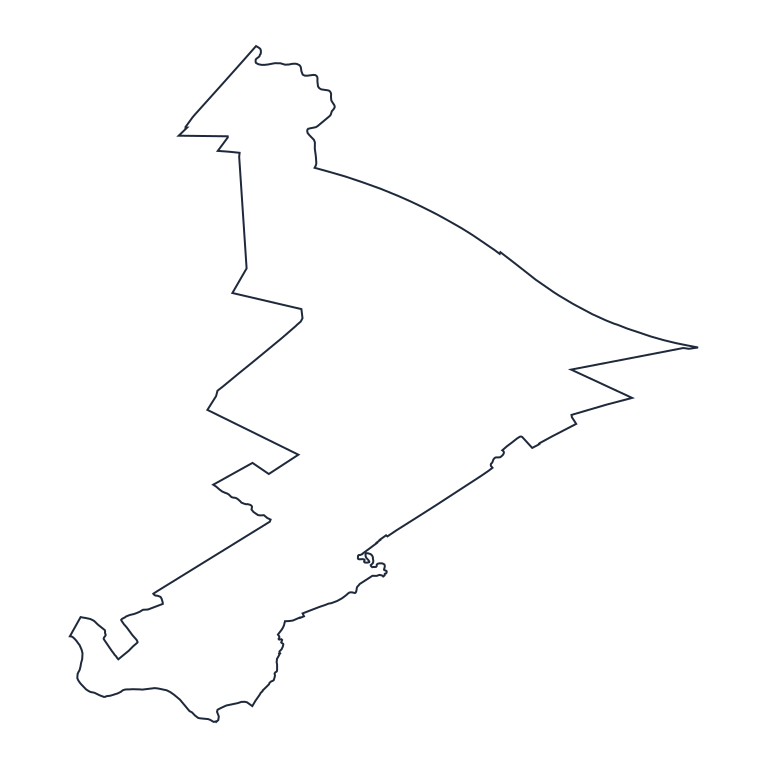 the district of Ciorogarla, Giurgiu, Romania
{"feature_id": "2599482B38423269325251", "entity_name": "Ciorogarla", "entity_type": "district", "adm_level": 2, "iso_a3": "ROU", "parent_name": "Romania", "parent_adm1": "Giurgiu", "projection": "robinson", "projection_center": [25.874, 44.434], "detail": "fine", "context": "isolated", "style": "outline", "palette": "slate", "viewbox_px": 768, "rotation_deg": 0, "n_neighbors": 0, "source": "geoboundaries", "source_scale": "gbopen_adm2", "svg_char_len": 6037}
<svg xmlns="http://www.w3.org/2000/svg" viewBox="0 0 768 768"><path d="M216.2,721.9L218.3,720.0L218.8,716.4L217.0,711.8L217.6,709.7L221.3,707.8L226.3,705.5L237.8,703.1L241.4,701.9L244.8,701.8L247.0,702.3L252.3,706.1L255.5,700.7L259.7,694.7L260.6,693.0L262.6,691.1L262.7,690.3L263.5,689.7L269.0,684.3L269.5,682.9L271.2,681.4L272.6,680.9L273.7,680.2L274.6,677.4L275.0,675.4L274.6,674.0L274.6,673.4L275.3,672.4L276.8,671.4L277.1,669.9L277.1,664.5L276.6,662.0L276.9,660.3L276.9,659.0L278.7,655.9L279.4,654.5L279.1,653.8L280.1,653.4L279.4,652.2L279.5,651.4L281.5,649.4L282.7,646.9L283.3,644.7L283.2,643.9L281.4,642.7L281.2,642.3L281.9,640.9L282.1,639.9L281.3,639.2L279.5,639.6L279.0,639.5L278.7,639.2L278.6,638.9L279.4,637.4L279.2,636.3L277.9,634.6L281.3,630.2L282.2,628.9L283.1,627.3L284.0,625.2L285.0,621.2L288.4,621.1L291.8,620.7L293.2,620.4L299.9,617.5L300.1,617.9L304.0,616.3L302.6,613.4L319.2,607.0L325.1,605.0L328.6,603.6L331.2,603.2L337.1,601.0L342.0,598.3L345.9,595.4L348.6,593.0L349.6,592.5L350.8,592.3L352.2,592.4L354.9,593.0L355.4,592.8L355.8,592.4L356.4,590.8L356.8,588.1L357.2,586.9L358.6,585.4L359.7,584.0L372.4,575.8L376.6,575.9L379.4,574.9L381.9,575.4L383.2,576.5L384.6,575.4L384.6,574.6L384.8,573.8L385.7,573.6L386.2,573.3L386.5,572.7L386.7,571.8L386.6,571.2L386.3,570.8L384.3,570.1L384.0,569.4L384.3,568.5L384.6,567.5L384.8,566.2L384.7,565.3L384.4,564.5L383.5,563.9L382.2,563.4L381.3,563.3L379.4,563.3L377.9,563.7L376.8,564.5L376.6,566.3L376.0,566.9L374.9,567.1L374.1,566.9L372.2,567.2L370.9,565.9L370.7,565.2L372.8,563.2L373.2,562.1L373.3,560.9L372.9,558.3L372.9,557.4L372.2,555.6L370.6,554.1L368.0,553.3L366.4,553.2L365.8,553.7L365.5,554.3L365.6,556.1L366.2,557.7L368.6,560.4L369.3,561.6L369.2,562.2L367.4,562.6L365.7,562.6L364.6,562.4L364.3,562.1L364.1,561.3L364.5,560.6L364.5,559.7L364.0,559.4L362.7,559.1L359.3,559.3L358.3,559.0L357.9,558.3L358.0,556.3L358.1,555.7L358.7,555.1L360.4,554.9L362.2,554.2L362.6,553.8L362.6,553.6L377.0,542.9L376.7,542.6L380.2,540.0L379.9,539.7L386.1,535.3L387.4,536.4L396.6,530.2L415.5,518.3L437.0,504.6L481.4,475.7L488.0,471.2L492.5,467.8L491.0,466.0L490.8,465.4L490.8,464.4L491.0,463.9L491.4,463.4L492.0,462.9L492.4,462.2L493.5,459.3L494.8,457.9L495.3,457.6L496.1,457.4L498.6,457.4L499.5,457.3L500.2,457.2L501.2,456.5L502.4,455.4L503.2,454.5L503.8,453.2L503.9,452.4L503.7,451.7L503.3,451.0L502.3,450.3L506.9,446.3L511.3,443.0L517.3,438.3L519.9,436.7L520.9,436.5L522.1,436.9L523.5,438.4L532.2,447.9L538.6,444.6L539.5,443.9L539.2,443.5L539.7,443.1L552.8,436.0L576.2,423.9L571.9,417.2L571.5,414.9L606.3,404.7L632.1,397.9L571.1,369.6L683.3,348.0L688.9,348.8L698.1,347.5L688.2,345.6L676.3,343.2L663.9,340.2L650.9,336.5L627.3,328.6L617.4,324.7L614.4,323.8L606.2,320.5L592.3,314.2L576.0,305.5L572.7,303.7L559.2,295.7L553.6,292.1L535.7,279.7L515.6,263.9L500.4,252.2L499.7,253.9L494.5,250.0L489.2,246.4L472.6,235.1L461.9,228.4L445.0,218.8L436.0,213.9L422.7,207.2L410.3,201.3L398.8,196.2L381.2,189.0L362.6,182.3L345.3,176.5L327.7,171.4L314.6,167.8L315.7,165.7L316.2,164.2L316.3,163.1L316.0,158.0L315.7,155.1L314.8,148.7L314.9,142.4L313.9,139.8L309.6,135.4L307.6,133.0L307.2,130.8L307.5,129.6L308.1,128.8L310.7,128.2L315.8,127.2L317.6,126.1L329.6,116.1L330.5,115.1L331.0,114.0L331.6,111.8L332.0,111.0L332.8,110.2L334.0,108.6L334.6,107.5L334.7,106.6L334.4,105.4L334.0,104.6L333.3,103.7L331.5,100.8L331.2,99.6L331.0,97.0L331.1,93.7L330.4,92.0L329.8,91.3L328.9,90.6L327.6,90.3L321.4,89.4L320.6,89.0L319.4,88.3L318.0,86.4L317.4,81.2L317.5,78.5L317.4,77.7L317.1,76.7L316.7,76.1L315.4,75.1L313.3,74.9L307.4,75.7L306.0,75.7L304.6,75.6L302.7,74.6L301.4,71.2L300.9,67.7L300.4,66.3L299.5,65.2L297.0,64.0L295.3,63.7L292.5,63.8L288.8,64.5L285.1,64.7L280.5,63.3L275.2,63.2L274.2,63.3L267.9,64.5L264.2,64.9L261.8,64.9L259.6,64.5L258.1,64.1L256.2,63.0L255.9,62.8L255.7,62.4L255.6,60.9L255.7,59.7L256.2,58.9L258.8,56.9L259.6,56.0L259.9,54.7L260.6,54.0L260.8,53.2L260.9,51.3L260.8,50.3L260.5,49.4L260.1,48.7L258.5,47.5L256.0,46.1L242.6,61.3L222.1,84.3L194.6,114.9L192.5,117.4L185.6,126.9L186.2,127.3L186.0,127.6L187.1,127.6L178.7,135.7L227.7,136.3L227.8,137.4L217.8,150.9L228.8,151.7L239.6,152.8L239.2,156.5L239.2,157.1L246.6,268.4L232.4,293.0L301.4,309.1L302.5,318.2L300.8,321.5L297.0,324.8L295.8,326.0L281.6,338.3L251.5,363.1L238.4,373.7L222.8,386.6L217.5,390.7L216.1,396.1L207.4,409.9L298.4,454.7L268.8,474.0L252.5,462.9L213.2,484.7L216.3,486.7L219.6,489.6L222.2,491.5L225.1,492.8L226.7,493.3L228.7,494.4L231.5,497.1L233.3,497.6L235.6,497.9L237.4,498.8L240.3,501.3L241.4,502.6L244.4,503.8L246.5,504.3L247.4,504.1L249.8,504.7L251.1,505.4L251.9,506.3L252.0,507.2L251.5,509.5L253.5,512.0L258.0,515.1L260.4,515.4L263.9,515.2L267.3,518.0L270.6,519.6L269.8,521.7L157.5,591.0L153.3,593.7L153.5,594.1L154.5,595.0L155.3,595.5L157.7,595.8L160.5,596.9L161.6,598.7L162.7,602.4L162.8,603.9L148.0,609.5L142.9,609.8L139.8,611.7L136.8,613.0L133.7,614.1L130.1,614.9L126.7,616.2L125.9,616.6L124.6,617.6L123.6,618.0L121.9,619.0L121.2,619.8L121.3,620.4L123.9,624.2L126.8,627.5L132.3,635.0L136.6,639.9L137.5,641.7L137.6,642.2L137.2,642.8L133.2,646.2L128.7,650.8L118.3,659.3L117.2,658.0L116.0,656.2L114.4,654.6L114.0,653.8L111.9,651.1L103.8,639.2L103.7,638.4L103.9,637.8L104.2,637.3L105.4,635.7L105.7,634.9L105.5,634.2L105.2,633.6L105.0,632.9L105.1,631.5L104.8,630.1L98.0,624.7L94.3,621.1L93.2,620.4L90.3,619.0L85.7,618.0L82.6,617.5L80.6,617.1L69.9,636.3L71.6,636.5L73.0,637.3L74.7,638.9L76.4,640.8L77.8,642.8L79.6,645.1L81.6,649.7L82.5,653.2L82.2,659.1L81.1,663.0L80.5,666.6L79.6,670.0L78.4,672.2L77.6,674.0L77.3,678.1L78.3,680.4L79.7,682.5L81.1,684.2L86.1,689.4L88.4,690.9L90.5,692.0L93.3,692.5L94.5,692.8L99.9,695.4L103.9,696.9L105.4,696.8L106.4,696.2L110.4,695.7L117.7,693.4L120.9,691.8L122.6,690.4L124.8,689.6L126.9,689.4L129.2,689.4L132.6,689.2L140.1,689.4L142.3,689.6L154.7,688.1L158.2,688.5L166.7,690.3L170.3,692.1L174.0,694.7L179.9,699.6L189.5,711.1L191.9,712.3L195.1,715.6L198.3,718.0L200.8,718.4L208.2,719.1L210.5,720.0L212.7,721.4L213.9,721.9L215.9,721.4L216.2,721.9Z" fill="none" stroke="#1e293b" stroke-width="2"/></svg>